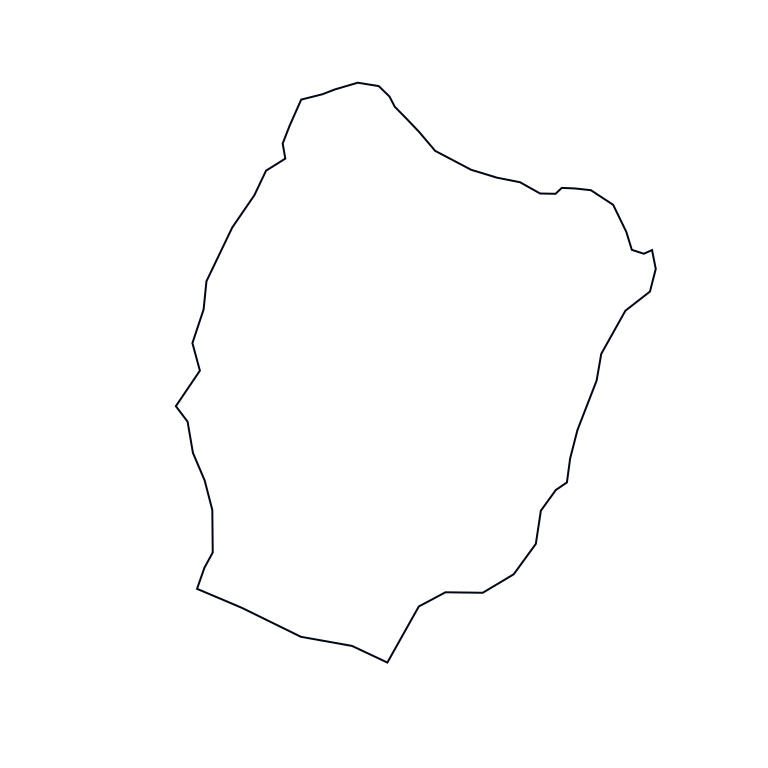 the district of Vansbro, Dalarna, Sweden, rotated 209°
{"feature_id": "70781695B18183991959246", "entity_name": "Vansbro", "entity_type": "district", "adm_level": 2, "iso_a3": "SWE", "parent_name": "Sweden", "parent_adm1": "Dalarna", "projection": "orthographic", "projection_center": [14.285, 60.47], "detail": "fine", "context": "isolated", "style": "outline", "palette": "ink", "viewbox_px": 768, "rotation_deg": 209, "n_neighbors": 0, "source": "geoboundaries", "source_scale": "gbopen_adm2", "svg_char_len": 910}
<svg xmlns="http://www.w3.org/2000/svg" viewBox="0 0 768 768"><g transform="rotate(209 384 384)"><path d="M214.5,631.1L219.9,623.9L232.3,621.5L245.8,634.5L270.4,651.8L297.0,653.8L311.8,647.6L323.6,641.7L326.2,633.5L339.8,626.3L362.9,626.4L385.3,619.2L411.6,613.6L452.3,612.7L475.5,621.5L493.1,627.0L509.0,631.7L518.6,638.1L533.0,642.0L553.0,634.8L569.7,617.9L578.4,607.5L594.3,592.6L591.7,563.6L589.2,545.2L579.6,533.3L590.6,513.4L588.9,486.3L592.6,447.3L589.1,387.8L577.9,361.7L571.4,326.9L551.5,306.4L555.3,263.7L537.5,255.8L517.7,231.1L494.1,212.7L473.1,190.6L452.1,153.6L452.0,136.4L448.2,114.2L400.0,119.3L334.1,122.6L285.0,139.4L246.0,142.0L245.9,166.1L245.7,206.3L229.3,231.6L196.4,249.3L178.3,280.5L173.7,317.8L185.4,349.3L182.3,374.7L176.3,386.6L185.1,409.1L192.5,437.6L199.7,490.1L208.6,515.7L208.4,565.2L196.2,593.8L202.1,616.4L214.5,631.1Z" fill="none" stroke="#020617" stroke-width="2"/></g></svg>